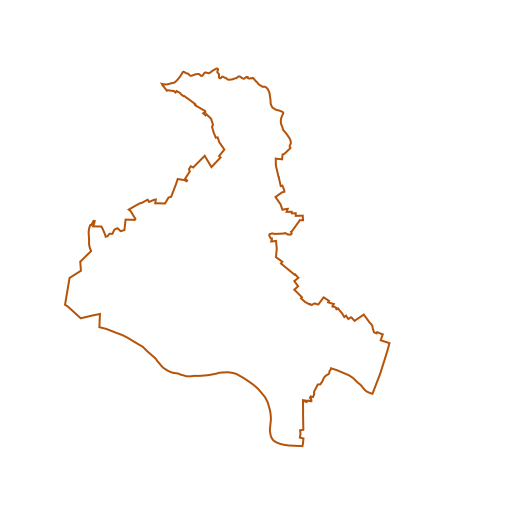 the district of Tien Du, Bắc Ninh, Vietnam, rotated 33°
{"feature_id": "81297802B37279419107484", "entity_name": "Tien Du", "entity_type": "district", "adm_level": 2, "iso_a3": "VNM", "parent_name": "Vietnam", "parent_adm1": "Bắc Ninh", "projection": "mercator", "projection_center": [106.031, 21.126], "detail": "fine", "context": "isolated", "style": "outline", "palette": "amber", "viewbox_px": 512, "rotation_deg": 33, "n_neighbors": 0, "source": "geoboundaries", "source_scale": "gbopen_adm2", "svg_char_len": 6113}
<svg xmlns="http://www.w3.org/2000/svg" viewBox="0 0 512 512"><g transform="rotate(33 256 256)"><path d="M205.4,131.8L204.3,130.8L203.1,129.0L202.0,126.5L201.4,123.6L201.2,121.5L200.7,120.9L199.7,120.7L196.6,121.3L192.9,122.5L189.2,122.6L187.4,121.8L185.4,120.3L182.9,116.9L178.4,111.8L175.2,109.7L173.0,109.1L171.4,109.2L170.5,109.6L169.7,110.4L167.0,110.6L165.3,110.6L163.7,110.3L162.6,109.8L162.0,109.6L161.1,109.6L159.3,109.1L158.1,108.6L157.4,108.6L156.9,108.3L156.4,108.3L156.0,108.7L155.6,109.4L155.3,109.7L154.7,109.8L154.2,110.4L153.8,110.8L152.8,111.2L152.2,111.2L151.7,110.5L151.0,110.7L150.5,111.0L150.2,111.7L149.7,113.4L149.2,114.0L148.1,114.3L147.1,114.4L145.4,114.2L144.1,114.5L143.4,115.2L143.1,116.5L142.7,117.5L141.5,118.7L139.9,120.8L137.9,122.5L136.6,123.3L135.7,123.4L134.8,123.2L133.7,123.1L132.7,123.5L130.4,123.7L130.0,124.1L129.8,124.7L129.6,125.9L129.2,126.5L128.6,126.7L128.1,126.5L127.3,126.0L126.1,123.8L125.5,123.6L123.6,123.0L123.2,122.6L123.0,122.0L122.8,120.8L122.4,120.1L121.7,119.9L121.0,120.1L120.6,120.6L120.2,121.5L119.4,122.7L118.7,124.3L117.7,127.1L117.2,128.1L116.7,128.5L116.1,128.8L113.6,129.6L113.2,130.2L113.0,130.9L113.0,133.1L112.7,134.2L112.2,134.6L111.7,134.9L110.5,134.6L109.0,134.5L107.1,135.8L106.1,136.8L104.3,139.3L103.1,140.4L102.4,140.6L101.3,140.5L99.9,140.1L99.4,140.1L98.2,140.7L96.5,140.8L95.2,140.8L94.7,141.0L94.5,141.4L94.5,142.0L94.6,146.9L94.3,149.8L93.9,152.5L93.4,154.3L92.8,155.4L90.5,157.7L88.2,160.3L86.0,161.9L83.3,162.9L84.7,163.7L91.3,165.9L91.7,165.0L93.8,164.1L94.9,163.5L95.2,163.4L97.1,162.4L97.7,162.3L98.5,162.7L99.5,162.7L99.6,160.9L101.5,160.8L102.0,160.7L103.2,160.7L104.1,160.8L104.4,161.0L105.8,161.3L108.3,161.4L108.5,161.0L109.8,161.0L112.4,161.2L113.6,161.1L114.3,161.2L122.2,161.7L122.1,162.2L123.3,162.4L123.3,162.7L125.0,162.7L126.0,162.5L127.3,162.5L128.2,162.4L128.8,162.4L131.6,162.3L133.9,162.1L134.5,162.2L135.1,162.8L134.0,165.1L137.1,165.5L137.0,164.1L142.6,165.1L143.6,165.4L147.8,168.8L148.6,169.5L148.6,171.4L148.9,171.7L153.0,175.3L157.8,178.7L159.2,177.4L163.3,180.6L171.5,184.0L170.6,192.3L172.6,192.7L170.2,205.7L158.4,199.9L158.2,201.0L157.2,205.7L155.3,214.9L155.2,215.9L152.4,216.3L152.5,219.7L154.4,221.1L154.5,230.2L157.0,230.1L157.1,231.1L154.4,231.4L148.4,234.1L149.9,239.9L152.6,252.6L150.8,254.6L151.1,261.5L144.6,265.5L142.8,266.7L141.2,263.2L139.9,264.4L136.9,268.9L134.5,267.8L131.0,274.1L130.1,274.7L127.6,279.3L124.0,286.4L126.3,286.6L134.7,290.6L134.7,291.7L126.8,296.5L131.5,305.9L129.0,308.9L124.8,308.1L123.2,310.3L122.9,311.3L123.5,315.6L121.0,317.2L120.7,320.2L119.4,321.7L118.0,320.4L113.0,317.0L110.3,315.5L103.3,319.8L102.5,316.6L101.6,314.5L100.6,315.1L101.1,319.8L100.2,320.2L100.5,322.0L101.2,324.2L102.6,327.1L105.0,330.4L107.3,333.5L109.6,337.1L112.3,339.8L115.0,341.6L114.6,343.5L111.7,356.6L112.1,357.0L117.2,363.7L111.6,375.9L115.5,385.0L122.4,400.9L126.0,400.9L142.9,403.7L151.2,395.0L155.7,390.6L156.7,389.6L163.4,401.0L170.1,398.7L178.5,397.0L187.0,395.1L192.7,394.5L205.1,394.1L210.4,393.8L216.6,395.1L220.0,395.6L226.4,396.5L228.3,396.9L230.0,397.7L236.6,399.7L238.6,400.2L240.9,400.3L245.1,400.2L248.1,399.7L250.5,399.0L254.8,396.9L256.0,396.8L257.5,396.5L260.9,395.4L263.1,394.8L263.6,394.5L266.4,392.7L269.7,390.0L274.2,387.1L280.3,382.4L282.2,380.7L286.7,376.4L288.5,374.2L291.1,372.1L295.9,368.7L300.5,366.6L304.0,365.6L311.7,365.1L319.1,365.2L323.8,365.4L327.9,365.9L330.5,366.4L333.2,367.2L340.1,369.3L345.1,372.1L347.1,373.7L350.3,376.5L351.6,377.7L354.0,380.2L355.6,382.3L356.9,384.0L357.7,385.3L361.6,392.9L362.6,394.7L365.7,398.2L366.6,399.0L367.3,399.5L368.3,400.1L370.7,401.1L372.0,401.3L374.7,401.2L378.6,400.4L381.8,399.3L386.1,397.4L398.5,390.2L397.8,388.3L395.2,383.2L391.7,384.4L390.3,381.2L389.4,379.9L387.9,378.2L390.3,376.0L390.1,375.6L382.4,364.2L380.8,361.7L373.9,351.3L376.7,350.1L376.7,351.2L378.0,350.9L378.4,348.9L380.6,348.2L380.5,347.7L381.4,347.5L381.0,346.7L380.2,346.8L379.6,345.3L378.5,345.5L378.3,344.0L380.7,343.2L380.2,341.1L380.0,339.9L379.4,339.4L379.0,339.0L378.6,338.0L378.0,331.9L377.8,330.7L377.9,330.1L378.0,329.9L378.5,329.5L379.4,329.0L379.8,328.7L379.9,328.2L379.8,327.0L380.0,325.6L379.3,321.2L379.4,319.7L379.7,318.6L380.2,317.3L380.7,316.3L381.1,315.7L381.3,315.2L381.3,314.5L380.5,312.9L380.4,312.2L380.4,310.1L380.1,309.3L386.1,307.7L398.4,305.5L399.9,305.4L404.1,305.5L409.2,306.6L413.6,307.1L415.1,307.4L416.7,308.0L419.2,308.8L422.1,309.4L425.9,308.9L428.7,308.1L424.2,286.8L418.1,264.9L415.4,256.4L406.5,258.8L405.0,252.7L403.0,253.2L399.3,253.8L399.0,254.0L399.2,255.2L396.9,255.7L396.5,255.7L393.0,252.8L392.5,252.2L391.9,251.4L391.2,251.2L389.7,250.3L388.9,250.3L387.4,249.9L378.3,246.4L374.0,256.7L369.6,255.6L369.0,255.7L367.7,258.6L364.0,257.0L363.3,259.1L359.3,257.2L353.4,255.3L352.9,256.7L352.1,256.7L352.0,255.8L349.9,255.8L349.7,255.8L347.8,256.8L347.4,256.4L347.4,253.9L341.7,255.6L341.6,254.5L341.7,253.9L335.5,253.8L335.2,253.9L334.7,262.6L333.2,263.3L331.7,263.6L331.0,263.9L330.1,265.3L329.6,266.2L329.5,266.7L327.5,266.9L327.5,267.4L322.2,267.8L316.8,267.0L317.0,265.6L306.5,263.4L307.8,258.4L301.8,256.2L303.4,251.2L298.8,250.1L298.7,250.7L281.0,248.7L281.2,246.5L273.4,246.1L269.4,238.5L264.6,232.5L260.9,235.5L260.3,233.5L259.7,232.6L258.7,233.2L255.9,231.6L255.5,230.3L257.2,228.3L259.7,227.2L260.0,227.1L266.0,222.8L267.4,221.7L267.8,220.9L268.3,220.9L269.6,220.7L270.6,220.7L271.4,220.5L272.0,219.8L272.7,219.7L273.5,219.0L273.7,218.5L273.7,217.9L273.5,217.5L272.2,216.6L272.6,215.9L273.3,202.4L273.2,202.1L276.0,200.4L273.2,196.7L267.5,200.7L266.0,198.5L265.0,199.3L262.8,200.7L261.9,199.5L257.6,202.3L257.0,199.7L256.9,199.2L255.4,200.4L253.0,202.8L252.3,202.3L248.5,199.3L240.2,195.9L243.2,188.4L244.8,186.7L243.4,185.0L242.8,184.7L239.8,182.6L238.7,183.9L233.0,178.4L232.2,177.3L231.8,177.1L231.6,177.2L223.8,169.7L222.4,168.0L222.2,167.5L219.5,163.6L225.2,160.7L223.0,156.4L224.0,155.2L224.5,153.5L226.1,146.6L224.7,146.0L224.3,145.3L223.9,142.8L223.1,141.4L221.9,140.2L219.7,138.9L215.5,137.1L210.2,135.5L207.8,133.5L205.4,131.8Z" fill="none" stroke="#b45309" stroke-width="2"/></g></svg>